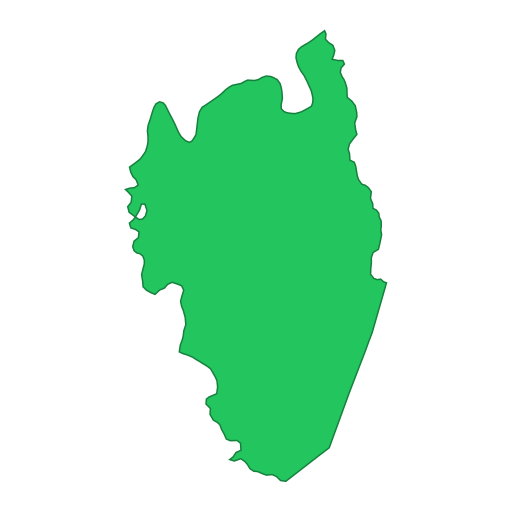 Irineópolis, Santa Catarina, Brazil (Equal Earth projection)
{"feature_id": "56859067B50137871247887", "entity_name": "Irineópolis", "entity_type": "district", "adm_level": 2, "iso_a3": "BRA", "parent_name": "Brazil", "parent_adm1": "Santa Catarina", "projection": "equal_earth", "projection_center": [-50.782, -26.356], "detail": "fine", "context": "isolated", "style": "filled", "palette": "green", "viewbox_px": 512, "rotation_deg": 0, "n_neighbors": 0, "source": "geoboundaries", "source_scale": "gbopen_adm2", "svg_char_len": 3301}
<svg xmlns="http://www.w3.org/2000/svg" viewBox="0 0 512 512"><path d="M129.5,167.1L130.8,172.3L133.0,176.7L136.1,179.7L138.2,185.0L134.4,187.7L130.0,188.1L125.5,189.5L128.4,192.3L131.9,196.2L131.1,202.4L127.7,206.7L129.1,212.2L135.4,217.0L133.0,220.1L129.4,223.1L130.8,227.9L135.4,229.4L139.0,231.9L138.4,237.7L134.1,241.1L132.7,246.6L134.1,250.8L137.0,253.0L139.9,253.7L142.8,256.0L144.3,260.0L144.3,264.0L143.1,268.4L141.6,274.7L142.7,281.6L143.1,286.8L146.7,290.4L151.0,292.7L155.0,294.4L159.7,290.0L164.4,288.1L167.7,284.3L172.2,282.3L177.7,284.2L181.7,285.8L183.7,290.2L181.8,296.5L180.6,301.1L181.5,305.9L183.4,310.8L185.2,317.4L185.8,324.7L183.8,330.9L183.2,336.3L182.1,340.3L180.3,345.1L179.3,351.9L183.2,353.7L186.2,354.6L189.4,355.8L192.8,357.3L196.0,359.4L198.7,361.0L203.1,363.7L206.7,365.9L210.6,368.8L213.6,374.0L215.6,377.6L217.0,380.9L217.6,387.1L216.7,393.7L212.8,395.4L209.2,396.9L206.4,399.1L206.0,404.0L210.4,408.5L210.0,414.3L213.3,420.1L217.2,422.3L219.9,424.8L221.6,429.5L224.1,433.9L226.3,439.0L230.2,440.7L233.8,440.6L237.1,440.5L240.5,443.2L241.0,450.3L236.1,452.4L233.2,456.8L229.7,459.6L234.3,461.0L240.7,458.7L244.8,461.4L247.3,464.3L250.1,468.8L253.7,471.2L257.7,471.6L262.8,473.8L266.4,475.1L272.2,474.6L276.5,476.5L280.5,480.5L285.8,481.3L319.3,455.3L329.2,447.8L349.4,392.4L365.7,350.0L369.0,340.9L372.2,332.5L386.5,282.8L383.6,281.8L380.6,279.1L377.3,279.7L373.8,278.4L370.6,274.3L370.8,268.5L371.4,262.9L371.3,257.8L373.1,252.5L378.4,249.3L379.5,244.9L380.6,239.9L381.6,234.6L380.8,230.0L381.3,225.6L381.1,220.8L379.2,217.0L378.8,213.2L376.3,210.0L373.0,208.4L372.7,203.8L370.5,198.4L371.3,191.7L368.4,187.7L365.5,185.4L361.7,184.1L358.6,179.7L357.3,175.9L356.5,171.2L355.7,166.2L354.2,162.2L350.0,160.2L349.5,153.5L348.1,149.2L349.5,143.9L353.3,138.8L356.9,134.4L355.6,129.6L354.7,123.0L356.9,116.8L356.7,112.6L355.3,105.8L351.9,101.2L347.3,97.4L347.0,93.5L346.9,88.2L345.4,83.0L344.0,79.6L342.0,76.5L340.3,72.3L341.1,67.9L344.4,64.1L342.8,60.5L337.9,60.5L332.1,59.3L333.8,54.9L334.8,50.5L332.9,45.3L328.5,42.5L325.4,39.1L326.0,34.1L324.6,30.7L320.3,33.7L315.8,37.3L312.4,40.0L308.5,42.7L304.8,44.8L301.6,46.7L298.5,49.4L296.4,53.4L296.0,57.8L297.1,62.4L298.5,66.6L300.8,70.9L304.1,75.6L307.4,82.1L309.4,86.7L311.2,90.6L312.3,95.0L313.0,98.7L312.7,102.7L311.4,106.3L307.8,108.4L303.9,110.5L301.2,111.9L298.4,112.7L295.3,113.6L291.4,113.4L287.2,112.8L283.8,111.5L281.2,108.6L281.2,104.4L282.4,98.5L281.9,91.5L281.2,87.4L280.1,83.6L277.2,79.6L273.5,77.6L270.7,76.5L266.4,76.0L261.9,77.5L258.4,79.6L254.5,80.5L250.9,80.3L247.6,80.1L244.6,81.5L241.0,83.5L237.1,84.3L232.4,85.3L229.4,87.0L226.6,89.0L224.2,91.1L221.3,93.9L218.7,96.0L215.2,98.5L211.2,101.3L208.2,103.3L205.4,105.2L202.1,107.3L199.5,111.7L198.0,117.8L197.3,123.5L196.6,130.0L196.0,134.6L194.2,137.7L192.1,140.9L189.4,142.4L185.5,140.7L181.2,136.7L178.6,132.5L176.7,128.2L174.9,124.1L172.7,119.7L169.8,114.2L167.5,109.6L165.4,105.4L163.2,102.9L159.6,101.8L156.0,103.8L154.0,107.3L152.4,111.9L150.2,119.3L148.2,125.0L147.4,130.8L148.0,136.3L148.0,141.9L147.2,146.3L145.5,151.6L143.0,155.3L140.3,158.9L136.9,161.7L133.3,164.4L129.5,167.1ZM135.4,217.0L139.4,210.3L141.5,204.0L144.9,204.2L147.0,210.5L145.3,216.2L142.4,219.1L139.1,219.5L135.4,217.0Z" fill="#22c55e" stroke="#15803d" stroke-width="1.5"/></svg>